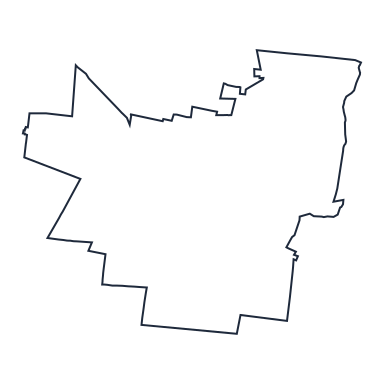 Opichén, Yucatán, Mexico
{"feature_id": "50627088B93641399425538", "entity_name": "Opichén", "entity_type": "district", "adm_level": 2, "iso_a3": "MEX", "parent_name": "Mexico", "parent_adm1": "Yucatán", "projection": "mercator", "projection_center": [-89.848, 20.55], "detail": "fine", "context": "isolated", "style": "outline", "palette": "slate", "viewbox_px": 384, "rotation_deg": 0, "n_neighbors": 0, "source": "geoboundaries", "source_scale": "gbopen_adm2", "svg_char_len": 2195}
<svg xmlns="http://www.w3.org/2000/svg" viewBox="0 0 384 384"><path d="M287.1,53.3L256.8,50.2L260.7,69.7L254.2,69.0L254.4,76.4L259.5,76.2L259.5,78.1L263.4,77.9L263.1,79.3L245.8,89.5L245.2,94.4L239.9,93.8L240.4,87.3L239.7,87.0L236.1,86.9L227.6,85.1L225.4,83.8L223.8,83.4L220.2,98.5L235.4,98.9L231.3,115.1L228.2,115.2L227.5,115.0L224.1,115.1L216.3,115.1L217.1,111.7L211.9,110.8L192.3,106.7L190.9,117.3L186.7,117.1L176.8,114.6L173.7,114.5L171.7,120.8L163.3,119.0L162.7,121.2L130.9,114.4L130.8,114.8L131.2,115.7L129.7,124.8L126.9,117.8L122.3,113.3L122.0,113.1L117.9,108.7L88.8,78.4L86.0,73.8L77.7,67.3L75.8,65.3L72.1,116.3L45.8,113.3L29.5,113.3L28.2,124.4L27.8,127.4L25.8,127.0L25.5,128.7L25.0,128.7L24.8,130.5L23.6,130.3L23.2,132.2L23.4,132.3L23.0,133.4L24.8,133.6L24.8,134.4L25.6,134.4L27.0,134.9L26.4,139.8L26.0,143.0L25.9,143.3L25.7,145.1L24.3,157.4L75.9,177.2L80.4,178.9L62.7,211.6L61.0,214.3L59.1,217.9L47.5,238.0L58.5,239.5L63.4,240.0L67.1,240.6L70.3,240.7L73.3,241.2L77.6,241.4L91.9,242.4L88.4,250.8L105.5,254.2L103.6,269.4L103.3,271.9L103.1,273.8L103.1,274.2L102.9,276.5L102.6,279.5L102.5,281.8L102.2,284.5L103.9,284.5L107.2,284.8L112.4,285.6L116.8,285.6L119.5,285.7L122.4,285.8L128.0,286.3L134.0,286.6L140.6,287.1L146.8,287.5L146.0,292.0L145.3,296.4L144.4,302.2L143.7,307.7L143.4,309.9L142.3,317.6L141.5,324.9L236.8,333.8L240.5,315.0L287.0,320.9L290.0,296.5L290.0,296.4L292.7,271.2L293.1,266.6L293.6,259.3L296.1,260.4L297.9,256.2L294.0,254.8L295.9,251.7L288.5,248.4L286.4,247.3L290.1,240.5L292.1,237.0L294.5,235.2L299.5,220.3L299.7,216.6L309.8,213.7L313.8,216.2L320.0,216.5L321.8,216.6L323.8,217.1L327.5,216.4L333.6,216.9L337.7,214.6L340.1,207.5L341.3,207.0L343.0,204.3L343.4,199.9L333.5,201.7L335.8,194.4L337.3,188.5L340.9,165.1L343.1,151.0L343.3,148.3L343.7,146.6L344.2,145.4L344.8,144.5L345.4,143.9L346.1,141.6L345.8,139.0L345.2,134.4L344.9,122.4L345.5,120.7L345.5,119.3L345.2,117.0L344.7,115.3L343.8,111.7L343.5,109.5L343.0,107.0L344.1,103.0L344.3,101.0L346.3,96.6L351.5,93.1L354.1,90.4L356.1,83.6L356.2,83.2L357.8,79.3L359.9,74.6L360.1,72.6L359.8,71.9L358.7,67.8L359.3,65.7L359.8,65.2L361.0,62.5L355.2,60.1L321.2,56.4L287.1,53.3Z" fill="none" stroke="#1e293b" stroke-width="2"/></svg>